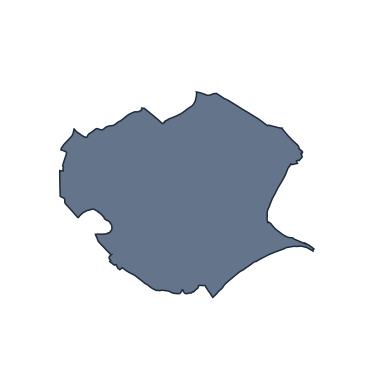 Sulina, Tulcea, Romania, rotated 38°
{"feature_id": "2599482B90058353737957", "entity_name": "Sulina", "entity_type": "district", "adm_level": 2, "iso_a3": "ROU", "parent_name": "Romania", "parent_adm1": "Tulcea", "projection": "equal_earth", "projection_center": [29.526, 45.139], "detail": "fine", "context": "isolated", "style": "filled", "palette": "slate", "viewbox_px": 384, "rotation_deg": 38, "n_neighbors": 0, "source": "geoboundaries", "source_scale": "gbopen_adm2", "svg_char_len": 5860}
<svg xmlns="http://www.w3.org/2000/svg" viewBox="0 0 384 384"><g transform="rotate(38 192 192)"><path d="M154.8,289.7L155.2,289.7L158.4,290.1L158.9,290.3L166.4,291.3L166.8,291.3L167.0,291.1L166.9,291.7L166.8,291.8L166.7,292.4L166.7,293.9L167.0,294.7L168.0,295.6L170.2,296.1L170.1,296.5L169.9,297.2L170.0,297.5L170.3,297.5L174.9,297.5L175.6,297.4L176.2,297.2L176.8,296.0L180.5,297.7L183.0,297.7L183.2,297.1L183.2,296.6L183.5,295.8L183.4,294.7L183.9,294.6L188.7,294.5L193.3,293.9L196.1,293.3L198.4,292.9L206.6,292.9L211.2,293.0L211.8,292.9L213.8,292.5L215.4,292.6L217.6,292.6L220.1,292.4L221.1,292.3L224.3,291.6L227.4,289.5L229.1,287.6L232.1,285.9L234.5,284.5L239.4,283.4L241.6,282.0L244.2,280.3L244.7,279.5L245.0,278.7L244.9,277.1L244.7,275.8L244.4,275.2L245.5,274.9L246.6,275.8L248.1,276.1L248.9,276.2L249.6,276.0L250.4,275.3L251.3,274.5L251.8,273.9L252.0,273.2L253.2,272.4L253.8,271.7L253.8,270.4L254.6,269.9L255.0,269.0L254.9,268.1L255.1,267.3L255.0,266.7L255.3,266.2L255.3,265.6L255.8,264.4L255.6,263.4L255.1,262.4L255.1,261.8L255.4,260.9L258.3,259.0L259.4,258.0L259.8,257.7L261.9,258.5L264.3,259.4L268.0,260.5L273.3,262.3L273.8,258.8L274.1,256.6L274.0,255.1L274.3,252.5L275.0,249.6L274.7,245.1L275.0,242.4L275.2,241.6L277.3,231.4L278.7,225.5L280.3,221.7L281.4,217.9L282.9,213.3L283.3,211.2L284.4,208.1L285.5,207.1L285.8,205.8L288.7,199.2L291.4,193.5L294.7,187.7L299.0,180.9L300.6,177.7L305.3,172.5L308.7,169.9L311.4,167.4L313.8,166.3L316.4,165.1L318.7,164.8L323.8,164.0L322.9,162.8L323.2,161.8L319.7,161.7L315.6,162.1L313.4,162.5L312.3,162.8L312.9,163.2L301.2,166.3L299.8,166.1L295.4,168.7L291.2,169.5L290.0,169.7L280.3,169.8L275.5,168.9L273.4,168.3L271.3,168.5L271.5,168.1L270.9,168.6L270.8,169.3L270.4,169.5L269.7,168.6L268.7,168.0L267.8,167.1L266.9,165.9L266.0,164.4L263.9,162.0L262.7,159.6L262.0,156.6L260.6,152.1L259.3,147.5L258.4,142.0L257.2,136.2L256.1,127.1L255.2,121.7L253.0,114.1L252.9,110.9L252.6,109.0L253.7,109.1L257.5,104.5L256.9,104.2L255.7,103.7L255.2,103.3L255.2,103.2L255.8,102.1L256.0,101.9L257.0,101.4L257.1,101.2L257.1,100.6L257.1,100.2L257.2,98.5L257.3,97.7L257.3,97.2L257.3,96.8L256.9,96.2L256.5,95.9L255.7,95.6L255.5,95.2L255.0,95.0L254.8,95.0L254.4,94.8L254.6,94.6L254.8,93.4L254.6,93.3L254.8,93.2L254.7,92.8L254.5,92.5L254.2,92.3L253.5,92.1L253.3,92.1L252.9,92.2L252.6,92.0L251.9,91.9L251.3,92.1L250.8,92.1L249.7,91.9L249.4,91.6L249.0,91.1L248.8,91.0L248.1,90.7L247.6,90.4L246.0,89.9L245.4,89.9L241.8,89.7L238.1,89.3L233.4,88.6L229.2,87.8L226.7,87.2L223.9,86.6L223.6,86.5L223.6,86.3L221.7,87.5L215.9,90.1L211.4,92.1L211.0,92.4L210.8,92.7L210.6,92.9L210.6,93.3L207.8,93.4L203.3,93.4L199.6,93.5L185.3,95.1L181.1,95.7L174.8,96.3L163.9,97.5L159.6,98.5L151.8,99.1L150.5,99.3L148.8,100.9L148.2,101.6L146.5,104.6L146.1,105.0L145.5,105.6L144.9,106.1L143.9,106.6L141.4,107.3L137.6,108.7L135.6,109.6L133.8,110.5L134.3,110.9L135.1,111.8L136.3,113.6L137.9,116.8L138.3,117.9L138.6,118.5L138.8,119.6L139.1,122.0L139.1,123.2L139.0,123.9L138.9,124.5L138.5,125.9L137.9,127.3L137.8,127.8L137.5,128.3L137.4,128.9L135.9,134.6L135.2,136.8L133.4,140.7L132.1,143.1L129.0,148.4L128.4,149.5L128.5,149.7L128.6,149.9L128.6,150.0L128.2,150.5L127.3,152.1L127.1,152.6L127.1,153.2L127.1,153.5L127.5,153.7L127.5,153.8L127.1,154.0L127.3,154.4L127.0,155.7L126.2,156.3L119.4,155.8L103.8,155.4L102.5,155.6L101.3,156.6L101.0,156.7L101.4,157.0L101.6,157.4L101.5,157.7L101.2,157.9L101.7,158.5L101.7,158.9L101.5,159.6L100.1,162.0L99.7,162.4L98.3,163.4L97.4,164.2L96.7,165.4L95.5,167.6L94.4,169.9L93.9,171.7L93.4,173.3L93.4,173.8L93.3,174.6L93.0,175.5L92.0,179.5L90.9,181.9L89.3,187.5L88.7,188.3L86.3,190.7L85.0,192.4L84.3,193.7L83.7,196.4L83.2,198.0L82.6,198.7L80.7,199.6L79.5,199.9L78.2,200.5L77.5,201.1L76.0,206.8L75.4,208.5L74.9,209.9L74.9,210.9L75.0,211.8L75.4,212.6L75.5,213.0L75.1,213.7L74.8,214.0L74.7,214.4L72.5,214.9L70.9,215.2L67.0,215.3L66.1,215.5L65.2,215.6L63.1,215.4L61.6,215.1L60.2,214.9L60.2,215.0L61.5,217.5L62.5,219.8L62.6,220.4L62.8,221.9L62.8,222.9L61.9,231.9L61.8,234.1L62.0,237.9L62.2,238.3L62.5,238.9L62.7,239.5L63.1,239.4L63.3,239.2L63.9,239.0L67.5,238.0L68.1,238.0L68.7,238.2L69.3,238.7L69.5,239.1L72.9,248.6L73.9,250.9L74.0,251.2L75.5,251.7L76.4,253.7L76.6,253.9L77.1,254.0L77.5,254.6L77.5,254.8L76.3,255.6L74.6,256.5L76.2,258.7L78.0,260.9L90.6,276.4L91.2,276.5L95.1,275.7L95.4,275.7L96.1,276.1L97.9,278.2L98.6,278.8L99.2,279.1L101.0,279.5L104.1,279.9L107.8,280.6L111.2,281.2L113.7,281.7L114.9,281.9L116.8,282.3L117.5,282.4L117.8,282.3L118.1,282.2L118.0,281.8L118.2,281.4L118.2,281.0L118.1,280.7L118.3,278.8L118.3,278.6L118.3,278.4L118.4,278.2L118.4,277.8L118.5,277.5L118.7,276.6L118.8,276.2L118.9,275.2L119.1,274.9L119.4,274.3L119.5,274.1L119.6,273.8L119.7,273.7L119.8,273.5L120.0,272.9L120.0,272.6L120.1,272.4L120.3,272.3L120.3,272.1L120.5,271.6L121.3,270.5L121.4,270.3L121.5,270.3L121.9,269.9L122.2,269.3L122.4,269.2L122.8,268.6L123.0,267.9L123.3,267.8L123.8,267.2L124.2,266.9L124.5,266.6L124.8,266.4L125.2,266.1L126.1,265.7L126.7,265.8L127.0,265.6L127.3,265.7L127.8,265.7L128.6,265.4L129.1,265.4L129.4,265.4L129.6,265.4L129.8,265.5L130.0,265.5L130.6,265.2L130.8,265.3L130.8,265.5L132.3,265.3L133.4,265.4L134.0,265.5L134.2,265.4L134.4,265.6L135.3,265.6L136.9,265.8L137.0,266.0L137.3,265.9L137.8,266.0L138.2,266.1L138.8,266.6L139.8,267.0L140.4,267.0L140.6,266.9L141.1,266.8L141.9,266.9L142.1,266.9L142.3,266.6L143.5,266.4L145.5,266.3L146.0,266.5L146.3,266.7L147.0,266.7L147.4,266.9L149.5,267.9L150.5,269.0L150.8,269.4L151.6,270.4L152.0,271.3L152.1,272.9L151.9,273.1L152.2,273.4L151.9,274.9L151.7,275.0L151.6,275.6L151.2,275.9L150.9,276.1L151.0,276.8L150.6,277.3L150.4,277.3L150.2,277.5L149.5,278.7L148.4,279.3L147.8,280.0L147.2,280.9L146.2,281.1L145.6,281.8L144.2,282.8L141.9,284.8L143.1,285.6L143.6,285.7L143.9,286.0L144.3,286.1L146.2,287.2L147.8,288.2L148.8,288.7L154.8,289.7Z" fill="#64748b" stroke="#1e293b" stroke-width="1.5"/></g></svg>